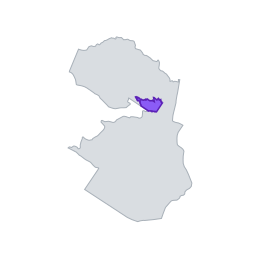 Serenje, Central, Zambia shown in context, rotated 304°
{"feature_id": "96606910B77122166525946", "entity_name": "Serenje", "entity_type": "district", "adm_level": 2, "iso_a3": "ZMB", "parent_name": "Zambia", "parent_adm1": "Central", "projection": "equal_earth", "projection_center": [30.192, -13.189], "detail": "fine", "context": "in_parent", "style": "filled", "palette": "violet", "viewbox_px": 256, "rotation_deg": 304, "n_neighbors": 0, "source": "geoboundaries", "source_scale": "gbopen_adm2", "svg_char_len": 6793}
<svg xmlns="http://www.w3.org/2000/svg" viewBox="0 0 256 256"><g transform="rotate(304 128 128)"><path d="M161.0,172.0L152.5,172.0L149.4,172.9L146.9,174.3L143.8,176.5L142.1,177.9L141.6,178.8L141.4,180.6L141.4,183.4L141.1,185.4L140.1,187.3L135.5,189.5L132.5,191.4L129.6,193.5L127.4,196.3L125.9,199.8L123.3,204.1L118.1,211.7L115.0,213.1L112.5,212.8L109.3,211.2L106.9,210.9L105.0,211.9L103.4,211.6L101.8,210.0L100.5,209.4L99.5,209.8L98.1,209.8L95.6,208.9L93.5,206.2L92.3,205.0L91.5,204.6L88.9,204.2L83.1,203.5L77.0,204.9L71.7,206.3L66.2,200.2L60.9,193.8L59.8,192.1L57.8,190.0L56.4,188.9L55.8,188.4L54.3,182.7L53.5,177.4L52.8,126.4L76.8,126.4L78.3,126.2L78.4,125.7L77.2,122.9L77.3,122.0L77.6,120.1L78.6,116.4L78.6,115.2L78.1,111.1L78.1,108.9L78.4,104.3L78.2,102.8L78.7,100.7L78.9,99.4L79.1,98.8L78.9,97.2L78.3,91.8L78.0,89.5L79.5,89.9L80.0,91.0L80.3,92.2L80.9,92.3L82.6,93.0L83.2,94.0L83.6,96.2L83.4,97.3L82.9,98.2L83.4,99.0L84.6,99.5L85.2,99.4L87.2,97.9L88.9,97.3L89.8,96.9L93.8,96.0L94.6,95.4L95.1,95.4L95.5,95.9L95.2,97.4L95.1,98.8L95.6,101.3L96.0,102.6L96.8,103.4L97.4,103.9L98.1,104.8L99.5,104.7L102.5,106.0L103.4,106.6L104.7,107.2L105.6,107.4L108.8,107.9L112.1,108.6L113.8,108.7L115.0,108.5L115.9,108.1L116.4,107.7L116.6,107.3L117.8,102.4L118.5,102.0L119.3,101.8L119.8,102.2L120.3,105.3L122.7,108.1L123.6,110.5L124.2,112.5L124.7,113.0L125.6,113.7L127.0,114.0L128.3,114.0L134.8,117.4L135.5,118.1L136.3,119.9L136.8,122.0L137.3,123.6L138.1,123.9L138.9,124.0L139.6,125.1L140.2,126.1L142.1,130.1L142.3,131.7L143.3,132.8L144.5,133.3L145.7,133.3L146.4,132.8L148.0,132.0L149.3,131.1L150.2,130.7L150.8,130.9L151.2,131.6L151.5,133.6L152.4,134.3L153.1,134.0L153.3,133.2L153.3,132.8L153.3,111.8L152.7,111.9L152.0,112.5L150.3,112.6L149.6,113.0L149.4,113.7L149.5,114.6L149.6,115.8L149.3,116.3L148.6,116.6L147.5,116.1L145.5,115.5L143.9,115.1L142.7,113.6L141.1,111.2L140.1,110.0L137.6,107.5L137.1,107.0L136.4,105.8L135.7,103.9L135.1,101.6L134.7,100.1L135.3,97.9L136.8,90.6L137.1,88.3L138.4,86.0L138.4,83.9L137.9,81.3L138.1,79.8L138.2,71.4L137.9,68.8L137.0,65.8L135.2,61.7L135.2,60.8L138.0,58.2L138.9,57.2L140.3,55.0L141.3,53.2L141.9,51.7L142.1,49.8L141.7,48.0L142.6,47.6L165.7,42.9L166.0,44.1L166.7,46.2L167.5,47.8L168.5,49.1L169.3,49.9L169.9,50.2L173.4,50.1L174.7,50.9L175.8,51.9L176.1,53.5L176.8,54.5L177.6,55.3L177.9,55.4L178.5,55.2L179.5,55.2L180.3,55.6L180.8,55.9L180.8,57.3L181.1,57.9L182.3,58.1L183.5,58.2L184.7,59.1L185.9,59.3L187.4,59.7L188.1,60.6L189.7,61.6L191.6,62.5L193.7,64.0L193.7,64.5L194.1,65.4L194.5,66.0L194.5,66.9L194.7,67.8L195.2,68.0L195.7,68.0L196.1,67.4L196.6,67.4L197.3,67.8L197.5,68.8L198.0,70.2L198.7,71.1L199.3,71.9L199.1,73.5L198.7,75.0L199.8,76.5L201.2,77.8L201.5,78.4L201.6,80.5L201.8,81.2L202.8,82.8L203.2,84.0L203.2,84.6L200.7,88.0L199.1,88.5L198.4,89.2L198.0,89.9L199.0,93.2L199.5,94.5L199.1,96.1L198.1,98.7L197.6,99.0L197.5,101.0L197.8,101.8L198.3,102.3L198.5,103.7L198.5,107.2L197.8,111.0L199.0,114.4L199.3,114.8L200.9,114.8L201.2,115.1L200.8,116.1L199.7,117.6L197.7,118.7L194.8,120.0L194.2,121.2L193.8,123.0L194.2,124.1L194.5,124.7L194.4,126.2L194.1,127.9L194.2,129.2L194.1,130.3L193.7,130.9L193.2,132.6L192.6,134.3L192.1,135.1L191.4,135.9L190.2,136.6L190.3,137.0L191.5,137.8L191.9,138.3L192.0,138.7L191.5,139.6L192.0,140.1L192.8,140.5L193.4,141.7L194.2,143.9L194.4,144.1L194.6,144.1L195.0,143.9L195.8,143.0L196.4,142.7L197.0,143.9L185.1,149.3L182.3,150.4L178.1,152.3L176.8,153.0L175.7,153.7L164.6,157.8L162.8,158.6L158.9,160.8L158.8,161.1L158.8,162.1L159.2,164.1L159.9,165.9L160.4,167.0L160.8,169.7L161.0,172.0Z" fill="#d9dde1" stroke="#a8b0b8" stroke-width="1"/><path d="M153.6,126.3L153.6,134.1L153.3,135.1L153.3,135.3L153.7,135.4L153.8,135.4L153.9,135.5L153.9,135.8L154.0,136.0L154.2,136.4L154.4,136.5L154.6,136.8L154.6,137.0L154.9,137.1L155.0,137.3L155.1,137.6L155.0,137.8L155.3,137.9L155.4,138.0L155.5,138.2L155.5,138.3L155.4,138.5L155.5,138.6L155.4,138.7L155.5,138.7L155.5,138.8L155.5,139.0L155.6,139.3L155.8,139.4L155.9,139.5L156.0,139.6L156.1,139.8L156.1,140.0L156.2,140.4L156.3,140.3L156.4,140.5L156.5,140.6L156.6,140.8L156.6,141.0L156.7,141.3L156.9,141.3L156.9,141.5L157.0,141.8L156.9,142.1L157.0,142.3L157.2,142.5L157.5,142.6L167.4,142.5L167.4,142.3L167.6,142.1L167.8,141.7L168.0,141.9L168.0,141.5L168.1,141.3L168.1,141.2L168.4,141.3L168.5,141.3L168.5,141.2L168.5,140.9L168.5,140.6L168.5,140.4L168.8,140.3L169.0,140.2L169.3,139.8L169.5,139.6L169.4,139.6L169.5,139.5L169.5,139.4L169.4,139.5L169.4,139.4L169.2,139.4L169.1,139.2L168.9,139.1L168.9,138.9L168.9,138.7L169.0,138.5L169.0,138.3L168.9,138.2L168.8,138.3L168.7,138.2L169.0,137.7L169.2,137.4L169.4,136.8L169.5,136.6L167.4,136.3L167.8,132.6L167.6,132.1L164.5,135.1L164.5,134.9L164.6,134.7L164.6,134.4L164.6,134.2L164.6,133.9L164.5,134.0L164.6,133.8L164.5,133.7L164.4,133.7L164.4,133.4L164.5,133.4L164.5,133.2L164.4,133.1L164.5,132.9L164.4,132.9L164.3,132.7L164.2,132.6L164.0,132.4L164.0,132.5L163.9,132.4L163.9,132.5L163.8,132.4L163.7,132.2L163.6,131.9L163.6,132.0L163.5,131.9L163.3,131.6L163.2,131.6L163.1,131.4L163.1,131.1L162.9,131.0L162.8,130.9L162.7,130.6L162.8,130.2L162.8,129.7L162.6,129.3L162.9,128.4L162.8,128.0L162.8,127.8L162.8,127.7L162.4,127.6L162.0,126.8L161.8,126.8L161.7,126.9L161.7,126.5L161.6,126.3L161.4,126.3L161.2,126.4L161.0,126.5L161.0,126.4L160.9,126.3L160.7,126.2L160.5,125.8L160.4,125.7L160.2,125.5L160.1,125.4L160.0,125.5L159.9,125.5L159.8,125.4L159.7,125.3L159.7,125.2L159.5,124.8L159.5,124.7L159.4,124.6L159.4,124.4L159.3,124.1L159.2,124.0L159.3,123.9L159.3,123.7L159.4,123.3L159.3,123.2L159.3,122.9L159.2,122.8L159.1,122.7L158.9,122.8L158.8,122.7L158.7,122.7L158.8,122.6L158.8,122.4L158.7,122.0L158.7,121.9L158.8,121.8L158.8,121.4L159.0,121.2L159.0,120.9L159.1,120.7L159.1,120.4L158.9,120.2L158.7,120.0L158.7,119.8L158.8,119.7L158.8,119.4L159.0,119.3L159.0,119.2L158.9,119.0L159.0,118.8L159.0,118.7L158.9,118.5L158.7,118.4L158.6,118.2L158.6,117.9L158.5,117.7L158.5,117.4L158.4,117.4L158.1,117.2L158.1,116.9L157.9,116.8L157.8,117.0L157.9,117.4L157.7,117.5L157.6,117.8L157.4,118.0L157.5,118.1L157.6,118.3L157.5,118.2L157.3,118.3L157.4,118.5L157.3,118.8L157.3,119.0L157.2,119.2L156.9,119.3L156.9,119.2L156.7,119.3L156.8,119.5L156.7,119.6L156.4,119.7L156.3,119.9L156.2,120.0L156.1,120.3L156.3,120.3L156.3,120.5L156.2,120.6L156.2,120.8L156.2,121.0L156.3,121.0L156.4,120.9L156.5,121.0L156.4,121.1L156.5,121.3L156.5,121.5L156.7,121.8L156.8,121.8L156.8,122.1L156.7,122.1L156.6,122.3L156.6,122.5L156.7,122.9L156.8,122.8L156.9,123.0L156.7,123.1L156.8,123.1L156.7,123.1L156.5,123.3L156.5,123.2L156.5,123.3L156.4,123.3L155.8,123.5L155.6,123.7L155.4,123.9L155.4,124.2L155.2,124.4L155.0,124.5L154.8,124.8L154.8,125.1L154.7,125.2L154.7,125.3L154.5,125.7L154.4,125.9L154.3,126.0L154.2,126.1L154.0,126.3L153.7,126.2L153.6,126.3Z" fill="#8b5cf6" stroke="#5b21b6" stroke-width="1.5"/></g></svg>